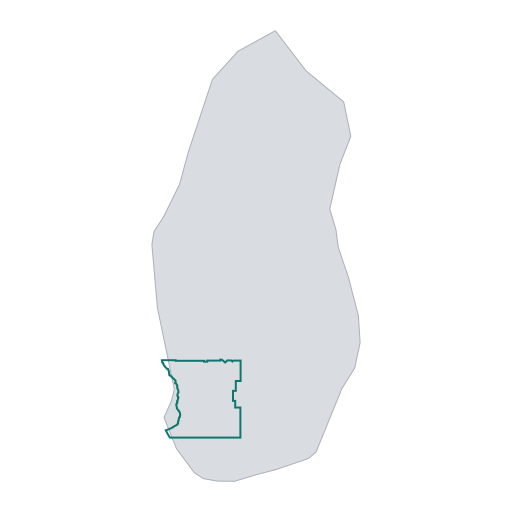 96, Ar Rayyān, Qatar shown in context
{"feature_id": "91078587B9070844542382", "entity_name": "96", "entity_type": "district", "adm_level": 2, "iso_a3": "QAT", "parent_name": "Qatar", "parent_adm1": "Ar Rayyān", "projection": "robinson", "projection_center": [50.859, 24.856], "detail": "fine", "context": "in_parent", "style": "outline", "palette": "teal", "viewbox_px": 512, "rotation_deg": 0, "n_neighbors": 0, "source": "geoboundaries", "source_scale": "gbopen_adm2", "svg_char_len": 4253}
<svg xmlns="http://www.w3.org/2000/svg" viewBox="0 0 512 512"><path d="M277.1,469.2L255.2,475.0L234.5,481.3L217.3,481.1L203.4,478.6L194.2,472.6L176.5,448.7L164.0,417.6L171.7,400.2L174.3,389.4L157.4,307.5L151.9,244.6L153.9,231.7L163.6,216.8L179.7,184.0L188.2,152.4L212.4,79.5L237.9,51.3L275.3,30.7L306.2,71.0L343.7,101.9L350.8,136.3L339.9,164.3L329.8,209.0L335.9,229.5L338.2,247.3L348.4,277.1L358.4,315.8L360.1,342.8L354.8,367.8L341.8,388.8L316.1,451.9L308.4,458.5L277.1,469.2Z" fill="#d9dde1" stroke="#a8b0b8" stroke-width="1"/><path d="M240.4,437.6L240.4,407.5L235.2,407.5L235.2,400.9L233.0,400.9L233.0,390.9L235.8,390.9L235.8,381.0L240.6,381.0L240.6,360.6L233.3,360.6L232.4,361.5L231.5,360.5L227.3,360.4L225.2,362.5L221.9,359.7L220.3,359.7L220.3,360.6L207.2,360.6L207.2,361.7L204.0,361.7L204.0,360.8L175.6,360.8L175.6,360.2L161.9,360.2L161.9,360.6L162.1,360.9L162.1,361.4L162.1,361.8L162.2,362.0L162.3,362.5L162.5,362.6L162.5,362.8L162.8,362.9L162.9,363.0L163.0,363.0L163.2,363.9L163.5,364.1L163.7,364.7L163.7,364.9L163.9,365.3L164.0,365.5L164.4,365.6L164.4,365.8L164.6,366.0L164.8,366.4L164.9,366.5L165.0,366.6L165.2,366.9L165.3,367.0L165.5,367.2L165.7,367.5L165.9,367.6L166.0,367.8L166.3,368.1L166.4,368.3L166.7,368.4L166.9,368.5L167.1,368.6L167.2,368.8L167.3,368.9L167.6,368.9L167.6,369.1L167.8,369.2L167.8,369.3L168.0,369.3L168.0,369.5L168.3,369.7L168.5,370.0L168.6,370.3L168.7,370.6L168.7,371.4L169.0,371.9L169.0,372.2L169.0,372.4L169.0,373.1L169.2,373.3L169.2,374.1L169.3,374.9L169.6,374.9L169.7,375.4L169.8,375.5L170.1,375.6L170.5,375.7L170.6,375.8L170.8,376.0L171.2,376.2L171.2,376.3L171.3,376.3L171.6,376.6L171.7,376.8L171.8,376.9L171.9,377.0L172.0,377.1L172.2,377.3L172.3,377.5L172.5,377.6L172.6,377.9L172.8,378.0L173.1,378.3L173.4,378.7L173.7,378.8L174.0,379.1L174.2,379.3L174.3,379.4L174.6,379.5L174.9,379.9L174.9,380.0L175.0,380.1L175.2,380.3L175.3,380.4L175.4,380.7L175.6,380.8L175.4,382.2L175.2,382.8L175.3,382.8L175.6,383.1L176.0,383.2L176.1,383.3L176.2,383.5L176.3,383.8L176.3,384.1L176.5,384.3L176.6,384.5L176.8,384.7L177.0,384.9L177.1,385.1L177.2,385.4L177.2,385.5L177.1,385.9L177.2,386.0L177.3,386.1L177.4,386.9L177.2,387.3L177.2,388.2L177.3,388.4L177.5,388.5L177.7,388.8L178.0,389.6L178.1,389.8L178.1,390.0L178.1,390.3L178.3,390.8L178.4,391.0L178.4,391.4L178.4,391.5L178.5,392.2L178.5,392.3L178.3,392.7L178.3,392.8L178.1,393.1L177.8,393.3L177.7,393.4L177.6,393.8L177.5,395.1L177.5,395.4L177.4,395.5L177.5,396.2L177.7,396.5L177.8,396.6L178.0,396.7L178.1,397.3L178.1,397.8L178.3,397.8L178.2,398.4L178.2,398.6L178.0,399.2L177.9,399.3L177.8,399.9L177.7,400.0L177.5,400.5L177.4,400.6L177.4,401.0L177.2,401.0L177.2,401.4L177.1,401.5L177.1,401.8L177.2,402.0L177.3,402.1L177.3,402.8L177.1,402.9L177.0,403.2L176.9,403.2L176.8,403.6L176.5,403.9L176.4,404.1L176.2,404.8L176.5,405.1L176.5,406.0L176.6,406.7L176.6,406.8L176.7,407.1L176.8,407.2L176.9,407.4L176.9,407.6L176.9,408.1L177.0,408.2L177.0,408.4L177.1,408.5L177.2,408.8L177.3,408.9L177.4,409.2L177.5,409.3L177.8,409.6L178.0,410.0L178.2,410.4L178.3,410.5L178.6,410.6L178.9,410.8L179.0,410.9L179.0,411.1L179.2,411.4L179.3,411.5L179.5,411.9L179.5,412.1L179.5,412.3L179.7,412.5L179.9,413.0L179.9,413.3L179.9,413.5L180.1,413.8L180.2,414.2L180.2,414.4L180.2,414.5L180.1,414.9L180.0,415.3L180.0,415.5L180.1,415.8L180.0,416.0L179.9,416.2L179.9,416.3L179.8,416.6L179.7,416.7L179.8,416.8L179.8,417.1L179.6,417.2L179.6,417.3L179.4,417.4L179.3,417.5L179.2,417.5L179.1,417.8L179.0,418.1L178.9,418.4L178.9,418.6L178.9,418.8L178.8,419.0L178.8,419.4L178.7,419.4L178.7,419.5L178.7,419.8L178.7,420.0L178.5,420.4L178.4,421.1L178.3,421.3L178.2,421.3L178.2,421.6L177.9,422.3L177.9,422.6L178.0,422.6L178.2,423.0L178.1,423.4L178.0,423.5L177.9,423.8L177.6,424.3L177.3,424.4L177.3,424.6L177.2,424.6L176.8,424.9L176.7,424.9L176.4,425.1L176.0,425.4L175.7,425.6L175.4,425.7L175.0,425.9L174.9,425.9L174.6,426.1L174.2,426.4L173.9,426.5L173.6,426.7L173.3,426.9L173.3,427.0L173.1,427.1L172.8,427.3L172.6,427.4L172.6,427.5L172.1,427.7L171.2,428.1L171.0,428.3L170.9,428.3L170.4,428.5L170.2,428.6L169.9,428.7L169.7,428.8L169.2,429.1L167.8,429.6L167.2,429.8L166.9,429.9L166.5,430.1L166.1,430.2L165.8,430.3L167.0,432.7L168.3,435.0L168.5,435.4L169.9,437.6L240.4,437.6Z" fill="none" stroke="#0f766e" stroke-width="2"/></svg>